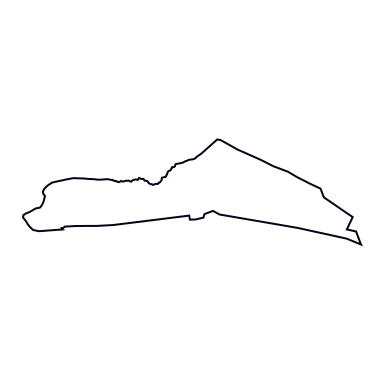 Santa María Yolotepec, Oaxaca, Mexico (orthographic projection)
{"feature_id": "50627088B13897730718633", "entity_name": "Santa María Yolotepec", "entity_type": "district", "adm_level": 2, "iso_a3": "MEX", "parent_name": "Mexico", "parent_adm1": "Oaxaca", "projection": "orthographic", "projection_center": [-97.477, 16.884], "detail": "fine", "context": "isolated", "style": "outline", "palette": "ink", "viewbox_px": 384, "rotation_deg": 0, "n_neighbors": 0, "source": "geoboundaries", "source_scale": "gbopen_adm2", "svg_char_len": 2426}
<svg xmlns="http://www.w3.org/2000/svg" viewBox="0 0 384 384"><path d="M296.3,176.7L287.9,171.7L273.3,166.2L260.9,159.9L237.4,149.5L220.5,140.0L217.2,139.5L200.8,154.1L199.3,155.0L198.9,155.3L196.9,156.8L195.8,157.5L195.4,158.2L194.8,158.7L193.8,159.0L192.3,159.4L191.2,159.5L190.0,159.6L189.2,159.8L188.0,160.2L186.8,160.9L185.5,161.2L184.5,161.7L183.3,162.4L181.5,162.9L180.5,163.2L179.3,163.5L178.0,163.6L177.0,163.9L176.0,164.0L175.5,164.6L175.1,165.1L175.0,166.1L174.7,166.6L174.1,167.0L173.0,167.2L172.3,167.1L171.9,167.3L171.8,168.3L171.4,168.7L170.3,170.4L168.5,171.1L167.8,172.0L167.3,173.2L167.1,174.2L166.7,174.9L166.3,175.2L166.1,176.2L165.5,177.0L164.5,177.1L163.4,177.3L162.6,177.6L162.0,177.7L161.7,178.5L161.7,179.9L161.4,180.5L160.8,181.1L160.4,181.6L159.9,182.3L159.1,182.8L158.7,182.8L158.0,183.8L157.4,184.0L156.8,183.9L156.0,183.8L155.3,184.0L154.4,184.4L153.5,184.6L153.0,184.9L152.4,184.6L151.8,184.2L151.2,184.3L150.4,184.0L149.3,183.5L148.5,182.9L147.9,181.5L146.5,180.8L144.8,180.7L144.2,180.1L143.9,179.5L143.5,179.0L141.8,178.9L140.7,178.8L139.9,178.3L139.0,178.0L138.5,178.7L138.0,179.7L137.3,179.9L136.3,179.4L135.1,179.5L134.2,179.8L133.2,180.1L132.1,180.7L131.1,181.7L130.5,181.5L129.4,181.0L128.6,180.7L127.8,180.7L126.9,180.8L126.1,180.7L124.6,181.1L123.6,181.4L122.8,181.6L122.4,181.4L121.7,181.2L120.8,181.0L120.5,181.3L119.9,181.8L119.2,182.1L118.1,182.0L117.5,182.0L116.8,181.2L116.0,180.9L115.4,181.2L114.5,180.9L113.7,180.5L113.1,180.5L112.8,180.2L112.4,179.8L111.0,179.9L110.4,179.9L109.0,179.3L106.5,179.2L100.6,179.7L98.6,179.7L96.7,179.6L94.3,179.2L92.1,179.1L89.3,179.0L82.8,178.4L80.8,178.4L77.8,178.3L73.6,178.1L65.6,179.6L62.2,180.4L59.0,181.0L55.5,181.8L53.1,182.4L51.6,182.7L51.3,183.2L48.8,184.7L47.1,186.0L44.4,188.7L43.8,189.7L42.9,191.8L43.1,193.0L43.6,194.4L45.0,196.0L43.5,201.9L41.7,205.5L39.9,207.6L37.8,208.1L36.0,208.3L29.6,212.0L25.5,213.7L25.4,213.7L23.7,215.1L23.4,215.1L23.2,216.2L23.0,217.5L25.7,220.8L27.5,223.8L29.2,226.1L31.3,228.3L32.4,229.4L33.6,230.1L39.2,231.2L61.9,229.5L61.7,229.4L61.6,228.6L61.6,228.0L63.0,228.2L64.3,227.1L64.5,226.7L64.8,226.6L76.4,226.0L97.3,225.9L113.4,225.0L189.2,215.6L189.9,219.6L195.5,219.5L203.4,217.6L204.5,214.1L213.0,210.9L219.5,214.5L297.6,227.9L346.5,238.6L361.0,244.5L360.7,243.9L356.1,231.5L346.9,229.4L352.7,217.1L323.9,197.4L320.5,188.6L310.0,183.7L296.3,176.7Z" fill="none" stroke="#020617" stroke-width="2"/></svg>